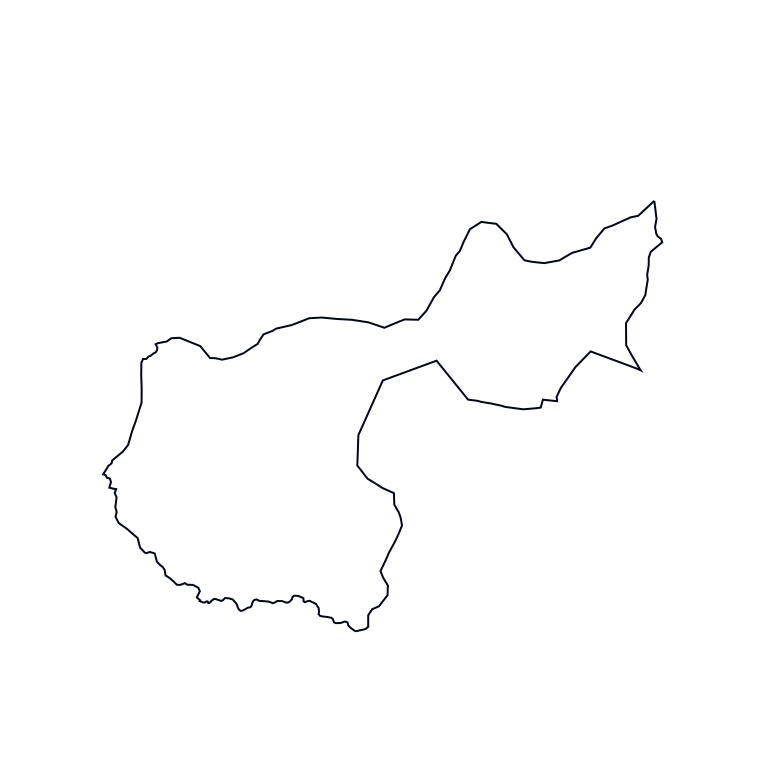 Magama, Niger, Nigeria (orthographic projection), rotated 202°
{"feature_id": "59680162B40491222708573", "entity_name": "Magama", "entity_type": "district", "adm_level": 2, "iso_a3": "NGA", "parent_name": "Nigeria", "parent_adm1": "Niger", "projection": "orthographic", "projection_center": [4.963, 10.29], "detail": "fine", "context": "isolated", "style": "outline", "palette": "ink", "viewbox_px": 768, "rotation_deg": 202, "n_neighbors": 0, "source": "geoboundaries", "source_scale": "gbopen_adm2", "svg_char_len": 3694}
<svg xmlns="http://www.w3.org/2000/svg" viewBox="0 0 768 768"><g transform="rotate(202 384 384)"><path d="M151.1,492.8L152.0,493.4L159.5,499.2L165.2,503.5L168.0,505.8L174.0,510.7L182.4,531.1L179.6,546.9L176.0,555.5L175.8,557.7L175.0,564.4L176.7,571.3L178.5,579.5L180.9,583.8L183.0,593.1L184.9,598.0L185.9,600.6L186.2,606.4L183.4,611.7L179.1,619.6L181.6,622.5L185.1,623.2L187.6,625.0L191.4,630.9L191.5,631.1L193.2,639.3L201.5,654.2L202.4,654.3L211.3,635.2L217.8,630.9L231.2,616.8L235.5,612.9L237.9,610.9L241.9,598.4L243.8,587.7L259.0,575.8L267.7,564.3L280.7,556.1L292.2,552.8L300.1,551.3L315.2,559.3L326.1,568.8L339.9,574.6L348.0,572.4L354.4,570.8L362.3,559.7L363.4,545.6L363.5,536.1L363.5,535.7L365.5,529.9L365.5,514.0L366.9,505.4L367.4,491.5L370.2,483.3L372.1,467.9L376.3,456.4L389.1,451.6L399.0,442.0L404.7,436.3L421.7,435.3L437.8,431.5L451.9,426.7L466.6,422.3L477.9,417.0L491.6,404.1L504.8,394.9L507.2,391.6L511.3,387.7L514.3,384.9L515.7,378.1L516.2,373.8L520.4,368.0L525.8,359.9L533.9,352.2L543.3,345.9L549.9,344.8L555.0,342.9L568.5,350.3L590.8,350.3L598.3,346.8L601.4,342.0L608.9,337.2L610.7,335.3L609.2,334.2L607.7,332.8L607.2,330.4L607.3,328.8L607.7,327.6L609.2,326.0L611.2,322.4L612.4,321.5L613.8,318.2L616.8,316.9L616.9,312.7L612.2,300.7L607.5,290.2L604.5,282.8L601.8,275.8L600.3,257.1L599.9,246.0L598.4,231.6L600.8,223.5L607.4,211.3L606.9,208.2L608.9,204.9L610.5,195.1L608.0,195.2L605.7,193.2L602.8,193.7L600.4,190.8L599.8,185.0L596.0,185.5L593.0,186.2L592.9,182.2L589.5,178.7L588.0,173.2L587.0,169.2L583.9,165.2L583.2,160.4L577.9,155.7L568.0,153.4L558.9,150.2L554.7,148.9L550.7,143.4L548.8,140.9L542.7,138.1L540.8,138.1L538.4,140.5L533.2,141.0L531.3,138.6L528.0,134.2L523.8,132.3L520.5,131.4L517.7,129.4L514.8,124.7L509.6,123.7L504.4,121.8L501.1,120.3L497.8,121.3L494.1,124.7L491.2,124.2L486.0,126.1L480.0,125.6L479.9,125.6L477.1,122.8L477.6,116.0L473.5,114.6L473.6,113.7L473.3,113.7L470.0,113.7L468.5,114.2L467.5,115.5L467.2,115.8L466.2,116.3L465.7,115.9L465.5,115.7L464.8,115.0L464.4,115.1L463.9,115.6L463.7,116.2L463.5,116.5L461.7,120.3L460.8,121.2L459.1,121.6L453.8,121.9L453.1,122.3L452.3,123.3L452.2,123.7L451.2,126.0L447.8,127.1L443.6,127.6L442.9,127.2L441.6,126.6L438.7,125.1L437.0,123.5L435.5,121.7L433.5,120.3L431.7,120.0L430.2,121.0L428.1,123.4L426.5,125.5L424.4,126.9L424.1,127.5L423.9,127.9L423.7,129.5L424.1,131.5L424.0,133.5L423.3,135.2L423.2,135.3L421.4,136.5L418.3,136.2L413.9,137.7L409.2,139.1L404.9,139.1L403.0,141.0L401.6,142.9L397.0,144.6L392.7,144.7L391.2,145.4L390.4,146.3L389.5,147.8L388.8,149.7L389.0,152.5L388.6,153.0L388.1,153.9L386.7,154.6L383.7,155.4L378.6,155.3L377.2,152.5L375.7,152.0L374.4,153.3L371.8,155.1L368.0,154.8L364.8,154.6L360.6,151.7L359.1,148.8L358.3,146.1L356.6,145.1L354.1,145.4L349.5,146.7L345.3,147.5L343.4,146.9L341.1,144.3L339.1,144.2L337.2,145.1L334.9,146.0L332.8,147.8L331.6,148.9L329.9,149.4L328.5,149.2L326.7,146.8L324.3,145.6L318.3,144.1L316.5,144.8L314.4,146.4L311.2,148.5L309.2,150.1L308.9,150.7L307.7,153.0L312.0,163.6L310.6,170.8L310.3,171.0L309.6,171.8L305.4,176.0L305.3,176.4L301.6,189.5L304.9,198.6L312.0,203.9L317.2,209.2L316.4,221.8L316.2,229.8L314.8,241.8L314.5,246.7L314.3,250.9L314.3,259.6L318.5,266.3L322.3,270.6L329.2,275.9L333.9,286.5L346.5,287.0L355.1,288.6L363.7,290.0L378.2,298.4L388.6,327.0L386.4,386.9L386.1,387.2L344.0,425.3L300.2,401.0L291.1,403.4L287.6,403.8L282.4,404.9L279.0,405.7L275.8,406.3L273.0,406.8L267.5,407.8L263.4,408.1L258.3,409.4L251.6,411.1L245.5,412.7L245.4,412.7L238.3,416.3L234.1,418.4L229.9,420.8L229.9,421.2L230.8,429.0L230.4,429.1L217.0,432.9L217.2,433.3L219.1,436.6L218.6,446.4L212.8,471.5L204.6,491.6L155.4,493.0L151.1,492.8Z" fill="none" stroke="#020617" stroke-width="2"/></g></svg>